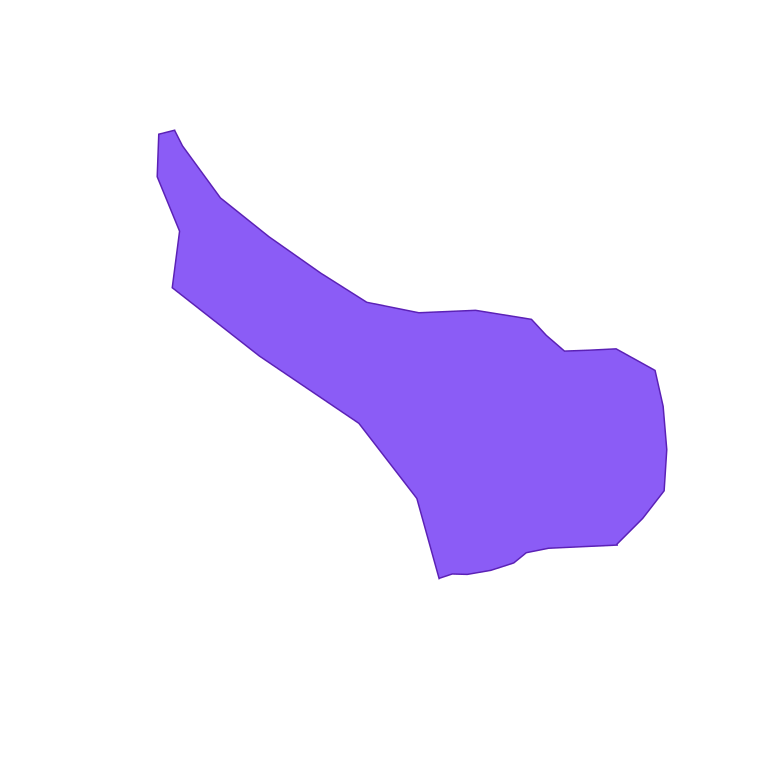 an SVG outline of Kangarli, rotated 291°
{"feature_id": "AZE-5567", "entity_name": "Kangarli", "entity_type": "District", "adm_level": 1, "iso_a3": "AZE", "parent_name": "Azerbaijan", "parent_adm1": "", "projection": "equal_earth", "projection_center": [45.174, 39.448], "detail": "fine", "context": "isolated", "style": "filled", "palette": "violet", "viewbox_px": 768, "rotation_deg": 291, "n_neighbors": 0, "source": "natural_earth", "source_scale": "10m", "svg_char_len": 610}
<svg xmlns="http://www.w3.org/2000/svg" viewBox="0 0 768 768"><g transform="rotate(291 384 384)"><path d="M536.5,84.2L545.9,97.6L545.6,97.8L534.1,110.5L499.1,164.6L480.2,224.0L464.8,285.3L454.1,338.7L463.0,391.0L485.6,443.1L497.2,498.5L487.5,518.2L479.4,540.7L489.2,563.7L500.0,588.1L493.8,632.2L463.2,652.6L424.1,671.5L384.7,683.8L351.3,673.7L318.0,658.9L317.2,659.4L289.6,596.4L277.5,577.3L263.5,569.3L248.4,550.6L236.1,530.0L231.1,515.8L222.8,505.7L222.1,505.2L288.9,455.7L338.3,374.6L365.4,257.8L398.0,151.8L453.4,138.4L496.2,98.0L536.5,84.2Z" fill="#8b5cf6" stroke="#5b21b6" stroke-width="1.5"/></g></svg>